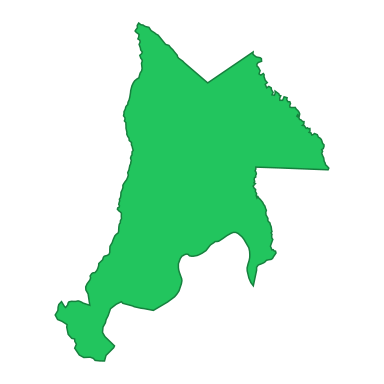 the district of Barreiras do Piauí, Piauí, Brazil
{"feature_id": "56859067B34709570800353", "entity_name": "Barreiras do Piauí", "entity_type": "district", "adm_level": 2, "iso_a3": "BRA", "parent_name": "Brazil", "parent_adm1": "Piauí", "projection": "natural_earth1", "projection_center": [-45.701, -10.026], "detail": "fine", "context": "isolated", "style": "filled", "palette": "green", "viewbox_px": 384, "rotation_deg": 0, "n_neighbors": 0, "source": "geoboundaries", "source_scale": "gbopen_adm2", "svg_char_len": 5040}
<svg xmlns="http://www.w3.org/2000/svg" viewBox="0 0 384 384"><path d="M183.2,255.5L184.3,254.8L186.1,254.1L188.0,254.3L189.5,255.8L191.5,256.2L193.3,256.2L195.0,255.9L197.2,255.5L199.5,254.5L202.1,253.2L206.0,250.6L210.0,245.4L211.0,244.5L213.8,242.7L215.0,241.6L217.2,241.5L218.7,241.2L222.7,238.6L226.9,235.6L231.0,233.3L233.3,232.4L235.8,232.4L238.0,233.4L241.9,236.7L243.8,239.1L248.8,247.7L249.6,251.3L249.8,255.0L249.7,257.7L249.1,260.7L248.1,263.8L247.1,267.9L247.2,270.9L248.9,278.0L250.9,282.6L253.3,285.8L256.6,270.2L256.6,267.3L257.5,266.0L258.4,264.9L260.7,264.1L263.7,262.8L265.2,261.7L266.4,260.3L268.5,259.8L271.1,259.4L272.5,258.5L273.3,257.0L274.4,255.4L276.0,253.0L275.5,251.1L274.2,251.0L273.2,249.7L271.9,249.9L271.4,248.4L270.4,246.2L272.1,241.3L272.8,239.4L271.9,238.2L271.6,235.9L272.0,234.5L271.1,232.9L272.0,231.6L271.6,230.2L271.4,228.4L271.2,226.9L270.3,224.6L269.9,222.9L268.7,221.8L267.8,220.7L267.9,218.3L267.0,216.7L266.0,214.9L265.8,212.2L266.4,210.3L265.7,208.8L264.8,205.9L263.6,204.4L262.7,202.4L261.8,201.3L260.1,199.2L259.1,198.4L257.8,196.5L257.0,197.9L256.2,195.6L256.6,193.6L255.4,191.7L255.6,189.4L254.3,188.4L253.1,186.1L254.2,184.9L255.4,183.5L253.9,182.8L254.7,181.3L254.1,179.5L254.6,177.6L255.7,177.1L255.7,175.3L256.4,173.9L255.9,172.0L255.1,170.9L255.8,169.1L255.8,167.1L279.6,167.9L328.1,169.8L328.8,168.1L327.0,166.1L325.6,164.8L325.0,162.7L324.2,161.4L323.7,157.9L322.8,156.1L321.7,153.2L322.6,151.3L321.7,149.6L323.3,148.6L324.0,146.4L324.0,144.8L322.6,143.4L321.9,141.0L321.3,139.5L320.3,138.3L318.3,137.1L317.3,134.7L315.9,134.1L314.4,133.5L313.3,134.5L311.8,135.0L310.9,132.8L309.1,132.4L310.0,131.1L309.9,128.5L308.5,128.7L307.5,127.8L306.2,128.4L304.3,125.7L302.5,125.4L303.8,124.2L304.0,121.6L302.6,121.5L300.9,119.8L299.5,119.4L299.1,118.1L298.2,117.2L296.8,116.2L297.7,114.7L299.2,116.4L299.7,114.0L299.0,112.2L297.8,110.5L296.3,109.2L295.2,107.4L293.8,107.5L291.2,107.5L290.0,107.2L289.7,105.4L290.5,103.7L289.8,101.7L287.9,101.7L286.7,99.6L287.1,97.7L284.1,96.8L283.5,98.3L282.6,100.3L279.8,100.3L279.7,98.0L280.8,95.8L279.4,95.4L278.8,93.8L275.1,91.1L275.2,93.2L274.4,95.3L272.0,94.8L273.1,92.4L271.5,89.8L271.2,87.8L268.8,86.4L266.7,87.8L265.2,84.3L267.3,82.6L265.2,80.2L264.0,76.5L264.1,74.6L263.3,73.5L260.8,75.1L259.0,73.9L260.1,70.7L258.3,67.2L257.1,66.3L256.8,64.3L258.2,62.5L261.6,61.3L261.4,58.6L260.1,57.7L258.1,57.3L256.4,57.0L254.3,55.5L252.9,54.0L253.1,52.0L211.1,80.6L207.7,82.9L184.3,62.8L182.8,61.2L178.6,58.2L177.6,56.9L177.2,55.2L174.5,52.0L172.8,49.7L170.5,47.5L168.9,45.4L165.6,44.4L158.1,35.1L156.1,34.1L154.7,32.9L151.1,30.6L148.9,27.3L146.2,26.7L144.7,26.2L143.0,25.0L141.0,24.8L138.7,23.0L137.9,24.3L137.2,25.5L137.4,27.8L135.9,29.7L135.1,31.0L136.3,32.4L139.0,34.4L138.7,37.0L137.9,38.9L139.7,40.1L140.2,41.9L139.1,44.4L140.4,47.9L140.7,50.0L142.3,52.0L141.6,53.8L139.8,55.3L140.9,58.4L141.8,59.4L142.3,61.0L141.5,63.3L142.1,68.5L141.6,70.9L140.2,73.0L139.5,75.3L138.9,77.8L136.9,79.0L134.6,80.9L133.3,82.9L131.9,85.9L131.3,88.2L130.7,90.6L130.5,92.8L129.8,97.1L129.1,99.9L128.0,102.3L127.7,104.7L126.6,105.6L125.7,107.1L125.3,109.1L124.0,111.7L124.0,113.6L123.5,115.8L124.9,117.6L125.0,119.3L124.4,120.9L125.9,122.6L125.9,124.3L126.0,126.0L126.0,128.2L126.9,132.3L126.8,134.2L127.8,136.5L129.0,138.2L129.2,140.5L131.5,142.5L131.4,144.8L132.2,146.5L132.5,148.1L133.2,150.4L132.1,151.7L132.0,153.2L132.0,154.9L131.2,156.0L130.5,158.1L131.3,160.5L130.8,162.2L130.6,163.9L129.8,165.5L128.9,170.0L127.7,172.6L128.3,175.2L127.7,177.2L126.5,179.9L125.2,181.5L123.8,183.6L122.9,185.2L122.9,187.7L122.0,190.3L121.0,192.3L120.9,194.4L120.7,196.3L120.4,197.7L119.4,199.2L119.7,200.9L119.1,202.7L118.7,204.4L119.5,205.9L118.9,207.4L117.7,207.9L117.4,209.3L119.1,211.1L120.3,211.9L121.4,213.2L121.3,216.3L121.5,218.7L120.4,220.7L120.3,222.8L119.3,224.3L118.9,226.6L118.7,229.1L118.6,231.4L118.1,233.0L116.4,234.2L114.9,235.8L113.7,238.4L113.0,240.2L112.2,242.6L110.0,246.3L109.8,249.8L109.8,252.2L109.1,254.2L107.3,255.4L104.3,256.2L103.4,257.3L102.6,259.8L98.8,263.5L98.6,265.9L97.8,268.4L96.8,270.5L95.0,272.6L93.0,272.8L91.7,273.6L90.1,276.0L90.6,277.9L89.9,280.0L88.5,281.9L87.1,283.8L85.7,286.9L85.9,290.0L88.1,293.9L89.8,305.3L82.9,303.0L81.5,302.1L79.3,301.2L78.1,300.9L75.8,301.4L73.3,301.4L71.6,301.3L69.0,301.8L68.1,303.0L67.7,304.9L65.6,307.5L64.4,306.4L61.5,301.6L58.8,304.5L58.1,307.2L57.9,310.5L55.2,315.0L57.6,319.5L62.0,321.3L67.1,324.6L66.7,327.1L68.2,334.4L71.8,338.4L74.6,338.9L74.8,341.3L76.4,344.2L74.7,348.2L79.3,355.0L83.8,357.5L90.2,357.2L93.4,358.4L95.1,360.4L99.8,360.9L104.5,361.0L106.0,355.4L113.7,347.7L114.5,345.9L104.9,336.6L102.5,332.4L103.0,327.1L105.4,322.8L106.1,319.6L108.1,315.7L110.5,308.7L116.3,304.2L121.4,301.7L122.8,303.3L132.5,305.9L134.2,306.7L140.9,308.2L144.1,308.6L153.4,310.4L167.6,302.0L174.6,296.8L176.9,294.1L179.0,290.9L181.4,283.7L181.9,280.8L181.7,278.9L179.3,272.2L178.7,269.9L178.4,267.6L178.4,265.6L178.4,263.7L180.3,258.5L181.9,256.2L183.2,255.5Z" fill="#22c55e" stroke="#15803d" stroke-width="1.5"/></svg>